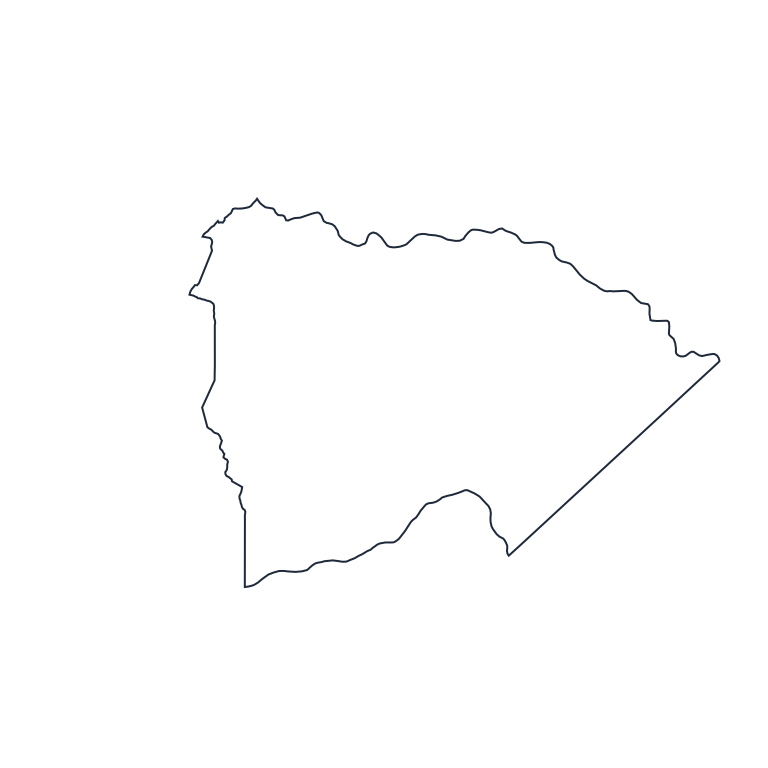 Remanso, Bahia, Brazil, rotated 42°
{"feature_id": "56859067B23301273504711", "entity_name": "Remanso", "entity_type": "district", "adm_level": 2, "iso_a3": "BRA", "parent_name": "Brazil", "parent_adm1": "Bahia", "projection": "robinson", "projection_center": [-42.307, -9.633], "detail": "fine", "context": "isolated", "style": "outline", "palette": "slate", "viewbox_px": 768, "rotation_deg": 42, "n_neighbors": 0, "source": "geoboundaries", "source_scale": "gbopen_adm2", "svg_char_len": 4797}
<svg xmlns="http://www.w3.org/2000/svg" viewBox="0 0 768 768"><g transform="rotate(42 384 384)"><path d="M416.6,168.8L414.2,168.9L412.2,169.4L410.1,170.3L407.2,172.3L404.3,174.7L399.2,180.2L397.6,181.9L393.8,185.2L391.0,186.2L385.6,185.3L384.0,184.9L381.8,185.0L377.3,186.4L372.1,188.7L369.6,189.1L367.7,189.4L365.7,192.0L363.8,197.6L362.7,199.6L360.6,201.1L352.8,205.2L349.6,207.4L346.8,209.8L345.8,211.4L345.3,214.8L345.4,219.7L346.0,222.9L344.4,226.9L341.4,229.8L334.4,234.3L328.1,236.1L323.1,238.9L316.8,243.6L315.0,244.5L312.4,246.5L310.1,249.2L309.1,250.7L308.2,253.8L307.2,265.2L306.4,267.0L304.5,270.4L303.3,272.1L300.5,275.3L298.6,276.9L296.2,278.4L293.8,279.0L284.1,276.9L280.9,276.9L277.7,277.1L274.5,278.7L273.1,281.7L273.1,283.6L273.7,285.9L275.5,289.9L275.9,292.3L274.5,294.8L273.4,297.5L272.0,299.1L268.1,300.8L264.5,301.7L260.3,303.4L258.6,303.7L256.3,304.2L253.3,304.0L250.7,303.6L247.2,301.2L241.7,299.7L238.6,300.0L235.6,301.4L233.6,302.6L230.2,303.3L224.4,300.5L221.4,300.3L219.8,301.0L218.2,303.1L216.5,305.6L212.4,312.9L210.4,316.5L206.4,320.7L204.1,324.9L203.5,326.5L201.8,327.8L197.9,326.1L196.0,326.4L192.3,329.3L188.7,329.1L185.8,327.9L183.9,328.0L177.7,332.0L174.1,332.4L170.9,332.5L165.7,331.3L166.0,333.6L165.8,335.9L165.8,338.1L166.0,340.4L165.3,342.9L163.8,345.1L162.3,347.1L160.7,348.9L159.4,350.2L157.8,351.7L155.8,353.2L154.6,355.1L155.3,357.4L155.9,359.4L155.4,362.3L155.2,364.6L154.6,367.1L156.0,369.2L156.2,372.0L154.5,373.1L153.4,374.6L151.5,374.0L151.5,376.3L151.5,378.1L151.7,380.3L150.8,382.6L150.7,385.8L150.8,388.4L150.1,391.2L150.0,393.7L150.6,395.9L152.9,394.4L155.3,393.0L157.0,391.9L159.3,392.1L161.3,393.4L162.5,395.4L163.3,397.3L164.7,398.4L167.0,400.0L179.0,432.8L179.1,435.6L177.3,437.1L177.6,439.3L177.6,441.9L178.2,444.8L179.7,447.8L181.6,446.7L183.5,445.7L185.1,445.4L186.8,444.7L188.3,444.8L190.2,443.4L192.3,442.7L193.8,441.6L196.3,440.7L198.4,439.5L199.9,438.9L201.7,438.7L203.5,438.6L205.1,439.5L206.8,441.1L208.5,443.5L210.8,445.3L212.4,447.7L214.4,449.1L216.1,450.1L217.7,451.6L218.9,453.5L245.8,483.3L255.7,494.7L256.5,497.4L264.6,523.2L281.7,534.3L283.8,534.1L286.4,533.5L288.6,533.7L290.5,533.7L292.3,532.9L294.2,532.1L297.2,532.7L299.4,534.0L301.5,534.6L302.9,538.0L304.0,540.5L305.6,541.7L308.5,541.7L310.5,542.6L312.2,542.8L312.9,544.4L313.7,545.9L315.7,546.0L318.1,545.3L320.1,546.3L321.5,548.9L323.6,551.2L324.7,553.2L325.0,555.7L326.7,557.2L328.8,557.7L330.9,557.0L332.7,557.0L334.5,556.8L336.2,558.0L347.6,555.5L349.0,557.8L350.1,559.6L350.8,561.7L351.5,564.0L353.3,565.8L355.4,566.9L356.6,568.0L358.9,569.2L360.6,570.4L362.5,571.1L364.5,570.8L366.3,571.6L367.6,573.3L368.8,575.1L370.8,577.2L416.4,628.0L418.3,625.8L419.5,624.2L420.9,622.0L421.8,620.5L423.2,615.9L423.8,611.4L424.7,607.0L425.2,604.9L425.6,602.9L428.1,598.0L431.0,593.4L432.6,591.8L435.2,589.5L437.3,588.1L440.4,585.7L444.0,582.8L445.7,581.0L448.4,578.1L451.2,573.9L451.6,572.0L451.7,569.9L452.2,566.2L453.1,563.1L454.3,561.2L456.9,557.9L458.2,555.7L463.9,549.4L468.2,546.4L471.9,544.0L474.7,541.4L475.6,539.7L476.8,537.0L477.9,534.9L479.0,532.5L480.0,529.1L481.6,525.3L482.3,523.1L483.3,519.6L485.0,516.0L485.2,513.5L485.9,510.6L486.4,508.0L487.6,505.3L491.0,500.9L493.1,499.0L495.3,497.0L496.9,495.5L497.7,493.9L498.2,491.8L498.7,489.2L498.6,487.4L498.4,484.7L498.0,479.2L497.6,476.8L497.2,474.3L496.8,471.8L496.3,468.4L496.4,465.7L497.2,461.6L496.7,457.5L496.0,453.6L495.9,450.1L495.8,448.1L495.8,445.4L496.9,442.8L499.4,440.0L500.5,438.4L501.9,435.6L502.9,431.8L503.1,429.6L504.4,427.3L505.8,424.9L507.4,422.7L508.7,420.9L512.2,415.0L513.7,412.0L515.1,409.0L517.0,407.1L519.2,406.4L524.3,404.8L528.3,404.0L530.3,403.7L533.5,403.9L537.1,404.3L539.7,404.5L543.4,404.8L546.8,406.1L549.8,408.5L551.3,410.4L552.8,412.4L555.4,415.1L559.1,417.8L562.0,418.9L568.0,420.2L571.8,420.2L576.0,419.1L577.7,419.3L580.8,420.3L583.9,421.8L585.8,424.0L587.1,425.8L589.4,427.5L591.6,428.1L593.2,412.1L594.5,398.1L607.2,261.9L611.4,216.3L615.7,169.1L618.0,144.4L618.0,142.5L615.3,140.7L612.5,140.0L609.5,140.6L608.2,141.7L604.9,145.8L601.6,150.5L598.8,151.9L592.6,152.9L591.0,154.2L590.3,156.1L589.4,160.9L588.2,163.0L585.9,165.0L583.7,165.8L581.8,166.0L580.1,165.4L578.6,164.0L577.6,162.6L573.2,158.9L569.1,156.7L567.1,156.7L563.4,156.7L561.9,155.8L557.5,150.3L554.3,147.4L552.4,147.4L550.9,148.6L545.1,154.2L541.1,157.3L539.3,158.2L534.4,154.3L530.5,149.7L529.1,148.6L526.7,148.1L520.9,151.8L515.7,152.2L510.9,151.6L507.8,151.3L503.9,151.8L501.7,152.9L500.2,154.0L494.9,159.3L492.1,162.0L489.6,163.8L487.8,165.9L484.9,167.5L480.6,168.5L475.9,168.7L473.5,169.3L466.4,171.2L462.3,171.8L456.3,171.7L446.1,170.1L442.0,170.0L438.6,171.4L434.0,174.0L431.1,174.6L427.4,174.7L424.6,173.6L420.0,170.6L418.7,169.4L416.6,168.8Z" fill="none" stroke="#1e293b" stroke-width="2"/></g></svg>